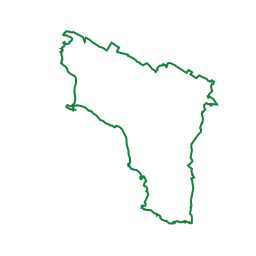 the district of Balbriggan Lea-5, Fingal, Ireland, rotated 200°
{"feature_id": "5873133B84981347333265", "entity_name": "Balbriggan Lea-5", "entity_type": "district", "adm_level": 2, "iso_a3": "IRL", "parent_name": "Ireland", "parent_adm1": "Fingal", "projection": "robinson", "projection_center": [-6.161, 53.585], "detail": "fine", "context": "isolated", "style": "outline", "palette": "green", "viewbox_px": 256, "rotation_deg": 200, "n_neighbors": 0, "source": "geoboundaries", "source_scale": "gbopen_adm2", "svg_char_len": 3405}
<svg xmlns="http://www.w3.org/2000/svg" viewBox="0 0 256 256"><g transform="rotate(200 128 128)"><path d="M35.6,60.3L37.1,65.3L38.7,67.9L40.2,68.4L40.5,69.1L41.3,73.8L42.2,75.1L41.6,76.1L44.0,81.2L46.1,93.7L50.0,101.0L51.3,102.0L49.0,104.1L51.8,106.1L51.5,106.5L53.6,109.0L53.8,111.3L58.9,113.3L57.2,115.9L56.1,119.0L59.1,121.8L60.4,129.3L61.9,131.3L62.8,134.7L59.8,145.6L58.2,149.3L58.8,151.6L60.2,152.5L60.4,156.8L60.0,157.7L60.4,158.5L59.9,159.0L60.9,162.8L63.6,166.7L63.7,168.5L63.0,168.5L61.8,172.1L63.2,173.0L64.4,175.7L62.6,178.3L60.7,177.8L58.4,178.9L57.9,177.4L57.4,177.6L57.8,178.3L57.2,178.6L57.4,179.2L52.4,180.5L57.9,184.5L61.9,185.4L62.9,184.0L64.1,185.2L63.3,186.0L63.2,188.1L61.5,191.5L64.2,195.3L64.1,198.2L63.0,198.5L63.0,200.9L65.7,201.4L65.9,199.9L69.2,199.9L70.7,201.0L79.4,201.6L80.8,198.2L87.6,199.7L86.7,202.2L87.6,202.5L91.0,203.1L91.9,199.8L106.2,203.1L110.8,203.5L112.7,202.3L112.6,198.4L113.4,198.6L113.6,199.7L116.5,200.0L116.2,199.0L117.3,198.9L118.1,197.9L119.5,197.5L121.1,194.0L120.1,193.0L121.2,190.1L122.6,191.2L125.2,191.6L128.7,193.8L132.4,195.3L135.5,192.1L139.0,192.8L139.3,193.4L142.4,193.4L144.1,194.6L151.6,196.0L152.5,195.8L153.2,196.1L153.3,196.9L164.0,195.7L164.6,196.4L163.9,200.5L172.6,202.6L174.4,193.6L179.6,194.8L183.4,194.5L185.1,195.3L190.5,196.3L194.4,197.8L198.5,198.4L199.0,196.0L198.0,194.8L198.1,194.0L201.5,198.0L212.2,199.5L213.1,198.7L215.6,198.3L217.2,198.5L217.9,197.9L219.3,197.7L220.4,194.9L219.6,194.2L220.1,193.7L219.4,193.8L219.4,193.4L218.5,193.8L212.8,193.7L211.1,193.0L210.9,192.2L210.9,190.5L212.6,188.8L212.1,187.6L212.6,187.0L214.8,185.8L217.2,186.1L217.2,188.1L217.3,186.1L218.5,185.8L216.3,185.3L216.1,184.4L216.0,182.7L217.4,181.4L216.9,179.7L217.4,179.5L216.3,179.2L215.8,178.3L217.4,176.3L216.1,175.8L215.7,174.0L214.6,173.1L213.1,170.0L213.6,168.5L212.6,166.9L213.0,166.0L209.8,164.8L208.5,164.7L205.8,163.2L203.5,160.3L200.1,159.1L195.8,158.5L193.8,156.6L192.2,152.5L192.0,147.7L190.6,143.4L187.7,137.9L186.7,133.2L188.9,128.7L192.4,128.9L193.2,128.3L193.1,126.7L189.4,125.9L187.4,126.2L185.5,125.7L185.2,126.8L182.8,127.2L185.6,126.9L186.2,127.3L186.7,128.9L185.7,130.8L182.5,132.3L177.7,132.7L174.4,132.4L170.7,130.8L169.5,131.4L168.8,130.8L167.7,131.1L165.3,129.6L162.8,129.3L156.7,126.0L154.1,126.2L150.8,124.9L146.8,124.8L145.9,124.3L144.0,124.8L141.2,124.1L140.3,124.4L140.0,125.8L138.1,126.2L135.9,125.9L133.2,124.8L126.3,118.4L123.4,111.8L119.8,106.8L118.5,103.5L115.8,100.2L114.3,96.1L114.4,95.3L115.6,94.0L114.8,92.7L114.4,93.3L113.7,93.2L113.8,92.4L110.5,90.7L109.3,91.0L108.2,90.7L106.3,91.4L104.2,91.1L101.4,89.7L98.6,87.3L99.5,85.5L98.6,84.3L98.2,84.5L99.4,85.5L98.4,86.8L96.7,88.0L96.0,87.5L98.6,86.3L97.9,86.1L98.4,85.0L97.8,86.3L96.4,86.9L95.1,86.6L92.7,84.3L93.7,82.4L93.5,79.5L92.7,79.0L91.9,79.3L90.0,78.7L88.6,76.3L89.1,74.7L87.9,74.5L86.1,72.3L86.9,64.3L86.8,63.6L85.4,62.9L85.0,61.0L88.4,59.9L88.4,59.0L87.5,58.6L87.7,57.8L87.1,58.0L86.3,57.3L85.3,57.5L85.2,57.1L83.3,57.2L78.3,58.6L74.0,56.8L71.7,57.2L71.3,56.3L70.6,56.6L70.5,56.0L70.1,56.6L68.3,56.5L67.3,55.9L67.2,54.9L66.7,55.0L66.6,54.3L64.6,53.4L61.1,53.4L60.2,53.9L56.9,52.5L54.9,52.9L54.8,53.0L52.8,53.8L53.3,55.1L52.3,55.7L51.4,55.2L51.1,56.4L50.1,57.2L48.8,57.5L47.8,57.0L46.9,57.5L45.8,57.4L45.0,58.5L41.8,58.8L41.8,59.4L43.2,59.6L42.5,60.2L38.7,59.8L38.3,60.4L37.3,59.7L35.6,60.3Z" fill="none" stroke="#15803d" stroke-width="2"/></g></svg>